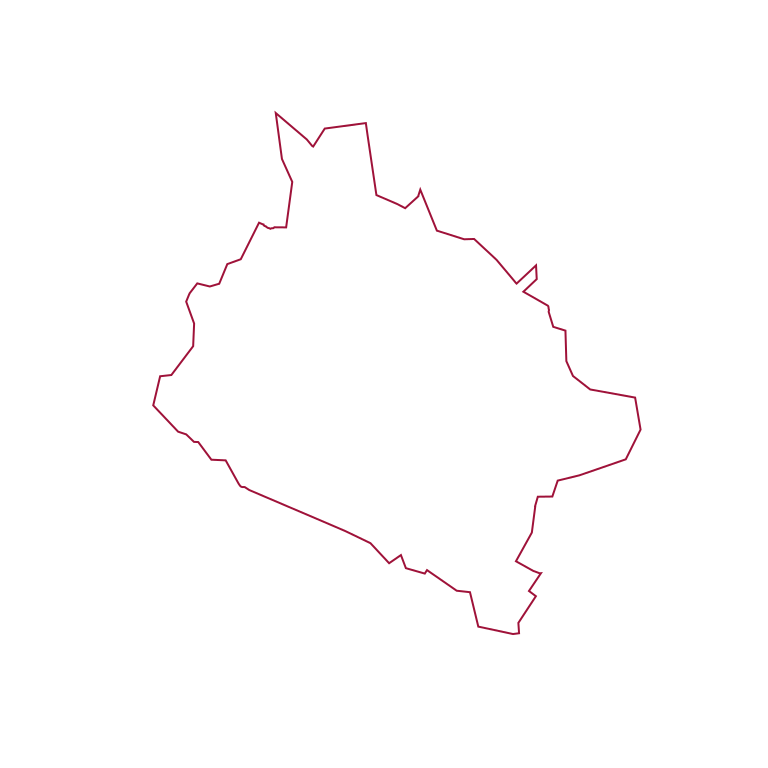 Buncombe, North Carolina, United States of America (orthographic projection), rotated 231°
{"feature_id": "52423323B179276843030", "entity_name": "Buncombe", "entity_type": "district", "adm_level": 2, "iso_a3": "USA", "parent_name": "United States of America", "parent_adm1": "North Carolina", "projection": "orthographic", "projection_center": [-82.512, 35.619], "detail": "fine", "context": "isolated", "style": "outline", "palette": "rose", "viewbox_px": 768, "rotation_deg": 231, "n_neighbors": 0, "source": "geoboundaries", "source_scale": "gbopen_adm2", "svg_char_len": 1606}
<svg xmlns="http://www.w3.org/2000/svg" viewBox="0 0 768 768"><g transform="rotate(231 384 384)"><path d="M587.7,527.8L598.2,534.1L619.8,498.7L613.1,478.4L614.2,478.0L622.7,477.9L627.4,477.0L662.7,470.4L623.1,446.3L598.8,439.9L567.3,406.5L574.8,397.4L574.7,396.2L575.9,394.4L576.1,393.4L577.4,392.8L578.2,392.1L580.1,391.4L580.9,391.4L581.9,390.7L583.0,390.4L583.7,390.8L584.9,390.0L588.0,388.4L571.1,351.2L575.8,337.7L565.6,319.0L565.9,318.4L569.4,310.0L579.7,302.2L576.8,290.0L576.5,289.6L576.4,289.2L572.5,282.1L550.5,274.5L533.5,259.5L524.8,224.4L530.9,214.9L512.6,191.2L476.5,194.0L469.3,198.6L458.6,199.9L455.8,203.1L433.8,202.2L424.3,212.9L398.1,208.3L395.7,208.1L394.5,208.2L393.5,208.7L392.9,209.2L392.1,210.3L391.5,210.9L386.3,212.6L303.9,256.2L293.8,261.5L268.8,273.3L241.5,275.2L240.4,289.5L227.1,285.1L211.0,296.4L212.3,300.3L177.6,310.4L168.1,319.8L136.1,304.6L108.5,326.9L105.3,332.1L113.8,338.1L123.5,368.5L131.9,366.4L138.2,386.9L138.4,386.6L138.5,386.3L138.5,386.1L144.0,382.9L144.2,382.7L144.5,382.5L163.2,375.0L175.5,405.4L193.4,424.2L193.5,424.1L193.8,424.3L199.6,432.6L190.6,444.0L199.6,458.2L190.1,478.3L173.3,524.5L187.1,554.7L215.4,570.6L250.0,540.8L271.3,535.9L287.0,540.1L311.3,558.6L321.9,551.5L336.5,557.4L337.3,558.4L337.7,558.8L339.2,559.5L340.2,560.2L341.1,560.6L341.8,560.6L368.0,550.4L369.4,568.7L380.5,576.8L378.6,550.4L378.6,550.2L379.6,550.1L382.4,550.1L409.6,549.6L440.0,545.3L446.0,537.4L469.9,521.6L512.2,534.5L508.6,529.0L508.4,529.0L508.3,528.9L508.3,528.7L507.3,511.1L515.4,507.6L535.6,497.0L587.7,527.8Z" fill="none" stroke="#9f1239" stroke-width="2"/></g></svg>